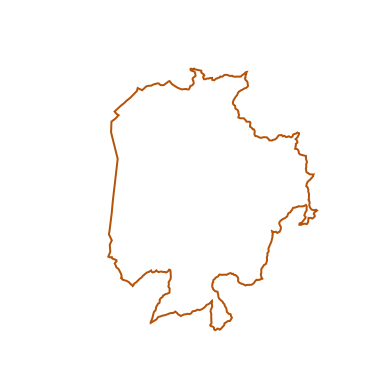 outline of Morropon, Piura, Peru, rotated 39°
{"feature_id": "86281439B77649611838615", "entity_name": "Morropon", "entity_type": "district", "adm_level": 2, "iso_a3": "PER", "parent_name": "Peru", "parent_adm1": "Piura", "projection": "natural_earth1", "projection_center": [-79.876, -5.271], "detail": "fine", "context": "isolated", "style": "outline", "palette": "amber", "viewbox_px": 384, "rotation_deg": 39, "n_neighbors": 0, "source": "geoboundaries", "source_scale": "gbopen_adm2", "svg_char_len": 6026}
<svg xmlns="http://www.w3.org/2000/svg" viewBox="0 0 384 384"><g transform="rotate(39 192 192)"><path d="M159.0,64.3L158.4,65.1L158.3,66.7L157.3,70.6L157.3,71.6L152.1,75.9L151.3,76.3L150.0,76.4L148.7,77.8L145.6,78.9L144.3,79.8L143.5,80.8L143.0,83.2L142.1,84.1L141.2,84.6L141.4,85.6L140.3,87.2L140.1,87.9L139.5,88.4L138.9,91.3L137.1,92.1L135.8,90.7L134.0,92.4L133.6,93.3L132.2,94.4L131.4,96.0L130.3,96.8L128.7,96.0L128.4,95.0L128.0,94.9L128.1,93.5L126.7,93.2L124.8,93.4L123.8,93.1L122.9,91.9L117.3,94.7L115.9,94.8L115.7,95.8L113.5,96.9L113.5,97.6L114.6,98.2L118.4,96.9L120.2,98.1L121.6,99.4L121.7,100.0L121.0,102.5L121.2,103.7L122.4,104.6L123.0,104.7L125.0,106.5L125.2,107.5L125.0,109.0L124.0,110.9L125.0,113.5L124.9,114.3L123.7,115.4L122.8,115.4L119.6,118.6L117.4,119.4L114.9,120.1L108.5,120.8L104.8,119.9L104.1,121.0L103.8,123.0L103.2,124.6L103.0,126.1L102.3,127.2L100.3,128.7L97.7,128.6L96.4,129.7L95.8,130.8L94.6,132.3L93.3,135.1L91.1,137.1L90.0,138.8L89.2,144.3L84.4,145.4L85.6,148.2L84.8,157.4L83.7,162.2L83.4,165.3L82.4,169.7L81.2,178.2L84.3,178.8L86.6,178.5L86.3,183.0L85.1,188.0L91.6,196.6L113.4,213.0L135.6,248.0L143.0,259.1L152.3,274.0L154.1,277.2L160.2,280.1L160.2,280.8L161.4,284.9L166.1,289.8L167.6,294.9L168.9,294.7L170.7,293.1L171.3,293.7L172.1,293.8L176.1,292.5L176.9,293.2L176.8,296.0L180.6,298.1L183.4,298.1L188.0,300.1L189.8,301.2L191.0,303.3L191.5,302.8L192.7,303.8L193.2,303.8L197.2,302.2L199.8,301.8L202.7,302.3L203.2,301.9L205.1,302.4L205.2,301.7L204.9,300.3L204.9,298.8L205.5,297.2L206.0,292.3L206.6,290.0L206.6,288.0L207.6,283.0L208.9,280.9L209.6,278.7L210.8,279.3L211.9,279.3L212.5,278.7L213.3,277.3L213.7,275.3L214.8,275.6L216.6,275.2L217.3,274.0L218.5,272.9L219.4,272.6L221.4,271.1L222.2,271.1L222.9,270.1L223.3,268.2L223.1,266.7L224.2,266.4L225.1,267.0L229.0,271.3L230.1,273.1L230.6,276.8L232.2,278.4L233.2,280.4L235.3,281.0L237.8,284.3L237.8,284.7L236.4,287.2L235.5,288.2L235.5,288.9L234.7,290.7L235.2,292.0L234.6,294.0L234.6,296.0L235.7,297.1L236.5,298.8L235.9,300.2L236.7,304.5L237.6,305.7L238.2,307.2L237.8,308.3L238.2,309.9L240.7,315.3L241.8,319.1L242.3,319.7L244.6,313.2L244.3,311.1L244.7,309.9L245.7,308.7L246.8,306.7L248.0,305.4L250.1,302.2L251.2,300.0L253.7,297.6L254.2,295.5L256.5,295.4L258.5,295.9L259.4,295.5L261.4,295.4L262.6,292.6L264.5,290.5L265.1,289.5L266.7,288.6L267.2,288.0L267.6,287.2L267.6,284.3L269.6,282.0L270.0,280.4L270.7,279.7L272.2,279.0L273.5,276.8L274.4,273.6L274.4,270.7L275.8,267.8L276.0,264.0L276.7,264.6L277.4,266.1L279.9,268.4L280.7,271.5L281.5,273.1L283.7,274.6L286.1,277.7L287.6,279.2L288.3,280.4L289.2,280.9L289.9,282.2L289.8,283.8L290.2,284.2L290.7,284.4L291.9,284.0L292.4,283.6L293.9,283.5L294.6,283.7L295.2,284.6L296.2,284.9L296.9,284.8L297.7,283.2L297.7,282.3L298.7,281.5L300.2,281.5L300.5,280.7L300.8,275.6L300.6,274.7L299.9,273.7L301.2,269.7L302.7,268.1L302.1,264.5L300.7,264.1L298.8,262.7L297.0,263.6L296.1,263.3L294.6,263.3L291.9,260.8L289.2,259.9L287.8,258.8L286.2,258.7L285.1,258.1L280.3,257.8L278.2,256.7L277.0,255.2L276.0,254.7L274.8,253.5L273.4,253.9L272.5,254.5L269.7,254.3L269.2,253.7L267.9,253.3L266.6,252.1L266.4,251.4L265.4,250.3L265.3,248.9L264.9,248.7L264.0,246.7L264.4,245.2L264.3,243.6L265.4,241.2L265.2,239.6L265.4,238.7L267.0,237.9L270.2,235.0L271.0,234.7L271.6,233.0L272.7,231.0L273.3,230.6L274.7,230.6L275.3,229.7L276.7,230.0L278.1,229.2L280.4,229.3L281.8,229.7L282.3,230.1L283.8,232.2L285.7,232.7L288.4,232.1L289.1,231.6L292.5,230.9L292.8,230.0L293.4,229.4L296.5,226.8L297.1,225.4L297.4,223.5L297.2,221.4L297.4,219.6L298.3,219.3L299.4,217.9L300.0,217.5L300.1,216.7L301.3,215.1L301.1,214.9L300.4,214.9L299.3,214.4L297.2,212.6L296.7,211.1L294.4,208.4L293.9,203.2L294.6,202.0L294.7,201.1L293.3,197.8L291.3,195.7L290.5,193.6L289.2,192.4L289.0,190.0L286.9,187.7L284.9,180.6L282.7,176.0L281.8,175.3L281.6,174.2L278.9,172.1L281.0,171.6L282.2,170.1L284.1,170.2L284.6,168.4L285.1,167.9L284.5,165.2L283.1,163.3L280.7,162.3L279.3,161.2L278.9,160.3L279.0,159.8L278.9,158.6L279.7,155.5L280.3,154.7L280.9,152.9L281.3,151.0L280.4,148.4L280.5,147.2L281.2,145.8L280.9,144.3L281.0,143.0L280.5,140.6L282.0,139.2L282.9,137.5L283.4,137.1L283.6,136.1L284.5,135.6L286.9,133.7L288.0,132.2L288.7,130.4L290.3,131.0L291.2,132.5L292.5,133.7L293.2,137.6L294.1,139.6L295.9,139.9L296.5,140.6L296.6,146.5L295.4,148.7L296.0,149.9L297.2,149.2L298.1,147.5L299.7,145.5L301.4,144.8L301.3,142.6L298.9,138.8L299.7,138.5L300.5,137.3L301.9,137.1L302.4,136.7L302.8,133.7L301.9,132.8L300.6,132.6L300.3,132.2L300.0,131.1L300.8,127.7L300.0,127.7L299.8,128.2L299.4,128.0L298.6,129.2L296.0,130.4L294.3,130.1L292.8,129.5L291.0,128.0L290.6,126.9L289.3,125.5L288.3,125.3L288.1,124.7L287.7,124.8L287.3,124.5L287.3,124.0L284.1,119.8L282.0,118.5L281.0,117.0L278.5,115.5L277.3,115.7L276.1,113.6L275.5,111.9L275.6,109.8L276.1,108.0L276.0,106.3L276.2,105.1L276.1,103.4L275.5,102.6L275.4,101.9L273.2,103.6L272.2,104.2L271.4,104.3L270.5,104.1L269.5,104.5L268.3,104.4L265.7,102.1L265.5,101.3L263.2,98.4L262.8,97.0L262.4,96.3L259.5,94.3L257.9,92.3L252.4,94.8L250.6,94.6L249.7,93.5L248.0,92.6L246.8,92.5L244.9,93.5L244.1,91.5L243.4,91.0L243.1,89.9L242.4,89.1L242.8,87.6L242.6,86.8L240.8,85.8L239.2,85.7L239.5,82.9L238.8,79.8L238.2,79.0L236.5,79.4L236.2,80.9L234.7,83.1L234.5,83.9L235.2,85.6L234.8,86.8L234.2,87.3L232.2,87.8L231.0,89.7L230.3,90.1L228.4,90.2L227.5,91.6L225.9,91.3L223.8,93.3L223.7,93.8L223.9,96.7L223.5,98.7L222.0,100.8L221.7,101.7L219.6,103.2L218.9,102.8L215.9,102.4L213.4,104.1L211.3,106.7L209.3,107.4L207.4,107.7L206.3,108.5L205.4,108.6L204.0,107.6L202.5,105.3L201.4,104.6L200.3,104.4L199.7,105.0L197.7,104.5L196.2,104.8L195.5,104.3L194.0,101.6L192.7,101.1L189.9,103.1L188.7,102.5L185.8,102.1L183.2,104.3L181.1,104.9L179.9,102.3L178.2,101.4L177.8,100.6L175.9,99.6L173.3,99.9L171.2,97.9L168.9,97.9L167.4,96.8L166.5,94.4L166.0,90.3L166.1,88.4L165.4,86.2L165.3,84.7L166.0,82.3L166.9,80.6L167.4,78.8L168.6,76.9L168.9,74.7L168.7,74.2L165.5,71.4L163.0,71.2L161.5,70.3L161.6,69.5L160.2,67.6L160.1,66.6L159.2,65.2L159.0,64.3Z" fill="none" stroke="#b45309" stroke-width="2"/></g></svg>